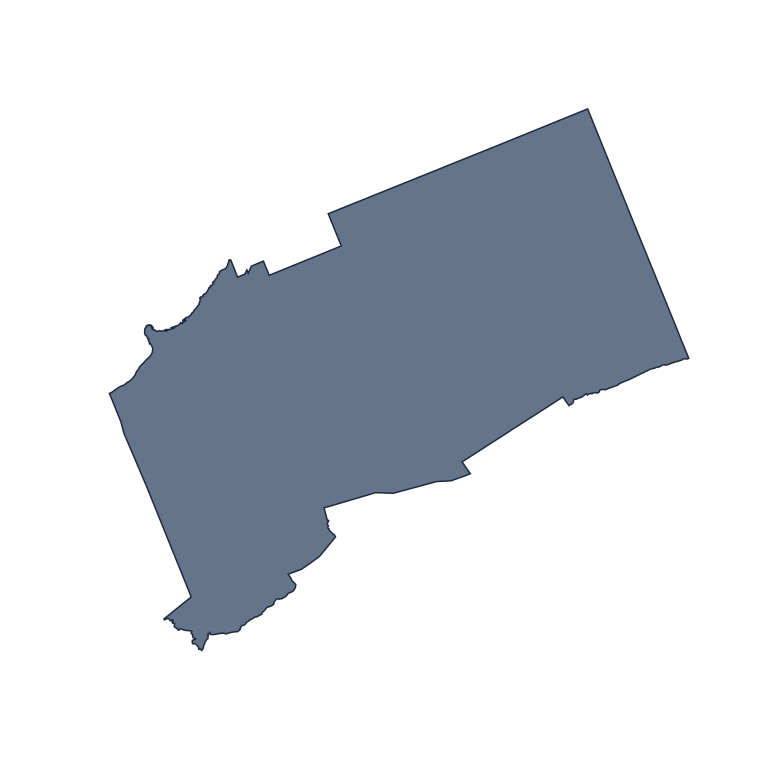 Wakefield, South Australia, Australia, rotated 68°
{"feature_id": "25037944B28741170589797", "entity_name": "Wakefield", "entity_type": "district", "adm_level": 2, "iso_a3": "AUS", "parent_name": "Australia", "parent_adm1": "South Australia", "projection": "equal_earth", "projection_center": [138.381, -34.007], "detail": "fine", "context": "isolated", "style": "filled", "palette": "slate", "viewbox_px": 768, "rotation_deg": 68, "n_neighbors": 0, "source": "geoboundaries", "source_scale": "gbopen_adm2", "svg_char_len": 6111}
<svg xmlns="http://www.w3.org/2000/svg" viewBox="0 0 768 768"><g transform="rotate(68 384 384)"><path d="M520.0,676.2L520.3,676.0L520.4,675.4L520.4,674.3L520.3,673.5L520.4,672.2L521.3,671.4L523.1,671.0L523.5,670.8L523.6,669.9L523.3,668.6L523.5,668.1L523.8,668.0L524.4,668.1L524.9,668.5L525.3,669.6L526.2,669.8L526.7,669.4L526.8,668.5L527.3,668.0L527.9,668.0L528.5,668.2L529.2,669.0L530.1,669.3L531.9,668.6L533.7,667.2L534.8,667.1L535.4,666.3L535.4,665.9L534.6,664.7L534.7,664.2L535.2,663.6L536.2,662.9L537.2,661.6L537.4,661.1L538.3,660.2L538.6,659.5L538.9,658.3L540.1,656.8L540.4,655.5L540.6,655.2L540.9,654.9L541.5,654.9L542.1,655.6L542.8,656.2L543.2,656.1L544.6,655.2L545.7,655.9L547.8,656.0L549.5,654.1L549.9,654.1L550.2,654.7L549.8,657.2L549.9,657.7L551.4,658.5L552.8,658.7L553.6,658.3L553.6,658.1L553.5,657.9L553.7,656.9L554.4,656.1L557.2,654.9L558.8,654.7L559.7,654.9L560.2,655.2L560.5,655.2L560.9,654.7L560.8,653.6L562.8,652.9L562.7,652.4L561.5,650.8L558.0,648.4L557.8,647.9L556.2,646.4L554.4,644.0L553.8,642.9L554.0,642.7L552.7,641.9L552.0,641.7L551.7,641.4L551.7,641.5L551.3,641.7L550.9,641.3L550.0,640.9L549.7,640.3L549.7,639.7L549.2,638.6L551.0,638.9L551.5,638.2L552.4,636.3L554.3,627.8L555.3,625.4L556.5,624.3L557.1,618.4L557.8,615.5L558.8,612.4L558.1,610.2L557.5,609.0L556.5,608.7L555.8,607.6L555.0,606.8L554.8,605.5L555.2,604.7L554.7,602.4L553.3,600.4L553.2,598.6L552.9,597.6L552.4,596.8L552.6,595.5L551.7,590.9L552.2,589.7L552.1,587.2L551.8,585.8L551.7,583.5L550.4,582.7L549.2,579.6L547.0,575.7L547.6,574.6L547.3,573.4L547.6,572.3L547.2,569.9L547.2,569.3L546.3,568.7L546.2,568.3L544.9,567.4L543.3,564.7L543.3,562.7L544.3,561.9L544.3,560.9L544.8,559.3L544.8,558.3L544.6,557.5L544.1,554.4L542.2,551.1L542.3,548.3L541.8,545.2L540.1,543.1L538.9,542.0L536.7,540.9L532.1,542.9L529.2,543.1L524.4,544.1L524.5,542.7L524.9,530.1L522.4,519.1L519.7,508.5L515.9,501.5L516.0,501.2L515.3,500.3L507.8,486.5L507.5,486.2L506.2,486.3L504.3,486.9L503.9,487.5L499.2,489.5L498.6,489.6L497.4,489.3L496.9,490.0L496.5,490.1L495.8,489.8L494.6,488.6L494.1,488.7L493.1,489.3L492.6,489.2L491.2,487.9L490.6,486.9L490.0,486.5L489.7,486.5L489.4,487.6L476.4,486.0L481.6,432.5L488.8,416.4L494.1,372.0L498.9,357.9L499.6,337.6L485.5,340.8L479.8,311.2L474.7,284.3L474.5,284.0L471.3,266.6L463.0,223.0L473.4,220.6L472.8,219.0L473.1,218.3L472.9,217.3L471.7,215.1L469.8,214.2L469.5,213.1L469.7,212.3L470.1,211.7L470.0,208.8L470.2,205.4L468.8,200.5L468.8,199.9L470.4,199.6L470.1,198.1L470.2,197.1L470.0,196.2L470.4,195.4L471.0,195.0L471.0,194.2L470.6,193.5L470.9,192.1L472.4,189.0L472.2,188.0L471.6,187.1L470.7,186.7L470.5,184.7L470.8,183.6L472.3,180.8L472.1,177.0L472.3,176.3L472.0,175.8L472.5,174.9L472.2,174.0L472.5,172.6L472.4,171.9L472.5,171.5L472.3,170.4L472.6,169.3L472.6,167.5L472.1,166.6L471.8,164.5L471.6,159.6L471.8,156.3L470.1,131.9L470.3,128.9L470.7,128.0L470.6,124.5L471.2,123.2L471.2,120.4L470.6,119.4L470.8,117.4L472.1,115.8L472.5,112.2L472.3,110.8L472.5,109.3L472.3,108.2L472.7,107.2L472.7,106.8L472.5,105.4L473.1,103.7L473.0,102.2L473.4,98.9L472.9,98.3L472.8,96.8L473.8,94.9L473.8,94.2L474.5,93.4L474.4,91.8L449.0,91.9L443.7,91.8L325.8,92.1L205.2,92.1L205.4,183.3L205.2,371.9L240.0,371.9L240.2,449.7L224.9,449.8L225.0,462.8L230.4,468.4L226.9,468.4L230.0,471.9L230.1,479.7L211.9,479.6L211.8,479.9L211.3,480.1L210.9,481.2L212.7,482.5L215.7,485.0L217.1,486.7L217.7,488.3L217.6,491.4L218.3,494.5L218.6,494.7L219.2,494.6L219.9,495.3L220.6,497.3L221.0,497.9L221.5,498.3L222.6,498.6L222.9,499.3L223.9,501.4L224.8,502.3L225.1,502.8L225.2,503.9L225.5,504.5L226.1,505.0L226.4,505.0L226.7,504.4L227.0,504.9L227.6,505.7L228.2,506.8L228.2,507.1L227.7,507.7L227.8,508.1L228.6,508.8L229.4,509.0L229.5,509.5L229.3,510.6L230.0,510.9L230.9,512.0L231.9,512.9L232.2,513.8L233.2,515.3L233.2,517.2L234.0,518.8L234.7,518.6L235.0,518.9L235.1,520.8L234.6,521.5L234.7,521.8L235.1,522.5L235.5,522.6L236.3,522.1L236.6,522.7L237.7,523.4L238.6,523.8L239.8,525.2L240.9,525.3L241.5,526.8L242.3,528.3L242.9,528.8L243.3,529.5L244.4,532.3L245.1,533.0L246.0,534.4L246.1,535.3L246.8,536.2L247.7,537.8L248.4,538.5L248.2,539.5L248.6,540.3L248.4,541.1L248.3,542.8L249.2,545.4L249.4,546.7L249.7,546.9L249.9,546.6L249.7,544.2L250.0,544.0L250.8,543.8L251.1,544.1L251.2,544.9L251.0,545.7L251.5,546.1L251.3,546.7L251.4,547.4L252.3,548.0L252.3,548.5L252.1,549.0L251.5,549.0L250.9,549.2L250.8,549.4L250.9,549.7L251.6,550.5L252.4,552.5L252.7,553.8L252.6,554.4L252.1,554.9L252.1,555.3L252.2,555.6L252.8,556.0L253.0,556.4L252.8,556.7L252.2,557.3L252.0,558.0L252.5,558.7L252.8,558.7L253.3,558.2L253.7,558.1L253.9,558.3L253.9,558.6L253.3,559.9L252.6,559.4L252.2,559.6L252.0,560.0L252.1,560.3L252.8,560.6L253.3,561.2L253.3,561.4L253.1,561.8L253.1,562.5L252.7,563.1L253.1,563.9L253.4,566.4L253.2,566.7L252.8,565.5L252.5,564.9L252.3,564.7L251.9,565.0L251.9,569.2L251.5,570.8L251.5,571.1L251.2,571.3L250.4,572.4L250.4,574.7L249.7,575.4L249.3,575.4L249.2,575.8L249.0,576.1L248.6,576.0L247.9,576.5L247.6,577.2L247.3,577.1L247.2,577.5L246.7,577.6L246.6,578.0L246.3,578.4L246.0,578.3L245.9,578.0L245.5,577.0L244.5,577.2L244.6,577.6L244.8,577.8L244.6,577.8L244.6,578.3L244.3,578.4L243.6,578.3L243.6,578.1L244.2,578.0L244.2,577.3L242.5,577.6L241.9,578.6L242.1,578.7L242.0,579.2L241.4,579.3L241.3,579.8L241.3,580.3L241.0,580.2L240.9,580.7L241.1,581.9L241.3,581.6L241.3,581.9L241.9,583.0L242.2,583.2L242.3,583.8L243.0,584.5L243.1,584.8L242.9,584.6L242.9,584.8L243.0,584.9L243.6,585.1L246.5,586.7L248.4,587.1L249.8,586.8L250.6,586.1L251.5,586.0L252.7,586.1L253.6,585.8L254.0,585.3L254.1,585.8L254.7,586.0L256.1,586.1L256.4,585.7L256.5,585.7L258.8,586.5L259.1,586.3L258.9,585.6L259.3,585.4L260.0,585.3L260.4,585.1L261.7,585.2L263.3,585.0L264.4,585.2L266.9,586.4L267.7,586.9L269.3,588.4L269.9,589.3L271.2,591.7L272.4,595.2L273.8,597.8L276.2,603.6L277.0,604.9L278.1,605.9L278.6,606.5L279.4,608.1L280.0,609.0L282.3,611.3L283.8,613.6L285.4,616.8L286.1,619.4L286.3,621.3L287.6,625.5L287.5,628.9L287.7,630.8L288.6,635.4L289.5,638.2L289.7,639.6L289.9,642.1L320.5,642.1L332.1,643.6L389.4,642.5L509.2,642.5L519.4,676.0L520.0,676.2Z" fill="#64748b" stroke="#1e293b" stroke-width="1.5"/></g></svg>